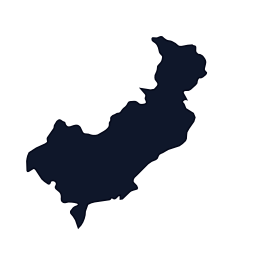 outline of Mzimba, rotated 229°
{"feature_id": "MWI-1900", "entity_name": "Mzimba", "entity_type": "District", "adm_level": 1, "iso_a3": "MWI", "parent_name": "Malawi", "parent_adm1": "", "projection": "mercator", "projection_center": [33.7, -11.843], "detail": "fine", "context": "isolated", "style": "filled", "palette": "ink", "viewbox_px": 256, "rotation_deg": 229, "n_neighbors": 0, "source": "natural_earth", "source_scale": "10m", "svg_char_len": 3959}
<svg xmlns="http://www.w3.org/2000/svg" viewBox="0 0 256 256"><g transform="rotate(229 128 128)"><path d="M82.3,78.1L83.3,76.5L83.3,75.0L83.1,73.4L83.3,71.8L83.8,71.1L85.6,70.4L86.2,69.8L86.4,69.1L86.0,67.8L86.2,67.0L94.3,54.4L95.9,51.1L96.9,47.5L93.2,41.0L90.6,38.4L88.5,35.4L86.8,32.1L85.7,28.6L85.3,25.1L87.5,26.0L92.9,28.2L97.2,28.9L101.1,29.0L102.0,29.5L102.7,30.2L103.1,32.3L103.5,34.3L103.4,35.5L103.2,36.6L102.8,37.5L102.5,38.5L102.3,39.4L102.7,40.6L103.7,40.9L104.7,40.6L107.1,38.9L109.1,37.1L110.8,35.3L111.5,34.5L112.9,31.9L113.6,31.1L114.4,30.5L116.0,30.2L117.1,30.5L118.3,31.4L119.5,32.6L120.7,33.5L122.3,34.3L123.7,34.6L124.9,34.6L129.4,33.9L130.4,34.1L131.1,34.6L132.0,36.6L132.6,37.4L133.7,38.1L134.7,38.2L135.7,38.1L136.6,37.7L137.4,37.2L138.1,36.3L138.5,35.5L138.6,34.8L138.4,34.2L138.1,33.7L137.7,33.0L137.5,32.3L137.7,31.6L138.3,31.2L142.6,30.1L146.1,29.7L157.1,31.2L158.7,31.0L159.7,30.3L160.5,25.2L160.7,24.4L161.2,23.8L162.0,24.0L169.4,30.0L171.1,32.0L172.6,34.1L174.1,37.2L172.9,45.6L170.1,55.1L169.9,57.2L170.2,58.5L171.9,59.5L172.8,60.1L173.4,61.0L176.1,71.7L176.5,72.4L178.1,74.3L179.5,78.7L179.4,80.7L178.9,81.7L177.9,82.2L175.8,82.7L174.2,83.5L173.7,83.7L173.2,83.5L172.0,83.0L171.3,82.8L170.7,82.7L168.9,82.8L167.7,83.6L166.6,85.1L165.3,88.3L164.4,90.0L163.4,91.2L162.5,91.8L161.4,92.1L160.4,92.2L159.6,92.1L155.0,90.8L154.4,90.7L153.5,90.7L152.6,90.9L151.7,91.5L149.2,93.9L148.5,94.3L147.8,94.7L146.7,95.4L145.4,96.4L143.7,98.3L142.9,99.6L142.3,100.9L141.0,107.4L140.7,109.9L140.7,111.3L140.8,112.5L141.0,113.8L141.5,114.9L142.2,115.9L143.6,117.1L143.9,117.4L144.2,118.0L144.4,118.7L144.6,119.6L145.1,120.3L146.8,121.7L147.2,122.7L147.2,124.7L146.5,126.8L146.0,129.2L144.9,130.9L144.6,131.9L144.6,133.0L145.3,135.8L145.5,137.5L145.4,139.9L145.6,141.6L146.0,143.0L146.5,144.2L146.8,145.6L146.4,146.7L144.0,149.9L143.1,150.8L142.0,151.4L140.7,151.7L139.4,151.9L138.3,152.2L137.2,153.0L136.0,154.4L134.9,156.3L134.6,157.4L134.7,158.4L135.4,159.1L136.3,159.6L138.3,160.2L139.0,160.6L139.5,161.3L140.0,162.2L140.6,162.8L141.4,163.3L142.4,163.5L149.3,163.5L141.8,169.8L139.8,173.0L139.8,174.0L140.2,177.4L140.7,178.8L141.7,179.8L143.0,180.3L146.7,180.6L148.3,181.6L149.9,183.2L151.6,186.8L152.8,188.6L155.0,191.0L155.3,192.8L155.6,195.4L156.1,197.2L156.9,198.6L157.8,199.8L158.8,201.0L160.0,201.5L163.0,201.4L164.5,201.7L168.7,203.9L170.1,204.3L171.5,204.7L173.0,204.8L174.4,204.7L177.1,204.0L178.2,204.0L179.3,204.6L179.7,205.1L179.8,205.5L179.6,205.9L179.4,206.1L177.7,207.8L176.7,208.9L175.8,211.6L175.4,212.5L174.8,213.2L174.2,213.5L172.1,213.7L169.6,214.3L168.6,214.7L167.6,215.3L165.8,216.8L164.5,217.6L160.7,219.0L157.3,219.5L156.3,219.9L155.5,220.4L154.9,221.1L154.2,221.9L151.1,227.2L148.5,230.8L147.5,231.0L146.5,231.6L146.1,232.0L145.7,232.2L145.1,232.2L144.4,231.8L141.9,229.5L140.9,229.0L140.1,228.7L139.5,228.9L138.1,228.9L137.6,229.1L137.1,229.4L136.7,229.8L135.8,230.5L135.3,230.7L134.1,231.1L133.4,231.3L132.7,231.3L131.1,231.2L129.6,231.0L128.3,230.6L127.7,230.3L127.1,229.9L126.5,229.4L125.3,227.9L123.2,224.9L122.5,224.1L122.0,223.7L121.3,223.5L120.6,223.4L119.8,223.3L118.5,223.5L117.9,222.9L117.5,221.6L117.6,218.2L117.9,216.7L118.4,215.8L118.8,215.4L119.2,215.0L119.5,214.4L119.4,213.6L119.1,212.6L118.3,211.1L116.8,209.3L116.6,208.4L116.4,207.2L116.3,200.8L116.6,199.3L116.8,198.7L117.1,198.1L117.5,197.7L118.6,196.3L119.0,195.9L119.2,195.3L119.4,194.6L119.5,193.9L118.9,193.0L118.1,192.4L112.9,191.3L111.2,190.9L111.7,190.6L112.7,188.7L112.5,186.3L111.2,185.8L109.3,185.8L104.7,184.2L96.2,186.8L92.1,185.4L89.9,181.9L87.8,173.6L86.4,169.7L85.0,168.1L81.8,164.9L80.9,163.0L80.7,159.0L81.1,155.1L85.7,144.2L86.8,138.2L87.4,136.3L87.8,134.4L87.4,132.8L86.1,130.2L86.1,128.3L87.6,123.8L88.0,119.5L86.9,104.3L86.7,100.2L86.0,98.3L84.4,96.5L82.5,96.2L80.5,96.4L78.6,96.4L76.6,95.7L76.2,94.8L77.9,91.1L78.7,88.9L78.8,87.4L78.3,77.3L79.4,75.6L82.3,78.1Z" fill="#0f172a" stroke="#020617" stroke-width="1.5"/></g></svg>